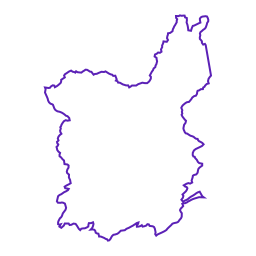 Saboeiro, Ceará, Brazil (Mercator projection)
{"feature_id": "56859067B30594238017087", "entity_name": "Saboeiro", "entity_type": "district", "adm_level": 2, "iso_a3": "BRA", "parent_name": "Brazil", "parent_adm1": "Ceará", "projection": "mercator", "projection_center": [-39.88, -6.458], "detail": "fine", "context": "isolated", "style": "outline", "palette": "violet", "viewbox_px": 256, "rotation_deg": 0, "n_neighbors": 0, "source": "geoboundaries", "source_scale": "gbopen_adm2", "svg_char_len": 5543}
<svg xmlns="http://www.w3.org/2000/svg" viewBox="0 0 256 256"><path d="M176.0,16.0L176.1,17.9L177.2,19.2L176.7,20.7L176.7,22.3L175.7,24.0L175.0,25.3L174.2,26.4L173.7,27.7L172.9,29.2L172.5,31.2L170.2,32.9L168.0,33.3L167.9,34.8L167.4,36.0L167.0,38.2L168.0,40.0L166.8,41.8L165.1,41.6L163.5,41.4L163.1,43.4L162.1,45.5L162.2,47.1L161.0,49.4L161.5,51.7L159.9,52.8L158.1,52.5L156.8,53.7L155.0,54.5L154.6,56.5L156.5,57.8L156.7,59.7L157.1,61.3L156.3,64.4L155.6,65.4L155.3,67.1L153.6,68.5L153.0,70.2L151.9,71.6L151.0,73.3L149.8,75.5L150.9,76.8L150.8,78.7L149.7,80.7L148.8,81.8L147.2,83.1L144.7,83.1L142.3,82.7L140.4,83.4L138.3,84.1L136.2,85.5L134.1,85.5L132.0,85.5L130.6,86.6L129.2,87.4L128.2,85.4L126.0,85.4L124.5,84.9L122.8,84.4L121.1,83.4L119.8,82.7L118.1,82.6L117.5,81.2L115.9,80.6L116.7,79.3L115.3,75.7L113.2,75.9L112.2,74.7L110.8,74.4L109.0,73.6L106.8,72.2L105.5,71.4L104.1,72.0L102.8,71.9L101.4,71.8L100.2,72.3L98.7,72.9L96.8,73.8L94.8,74.0L93.6,74.7L92.5,73.3L91.4,71.8L89.9,71.6L88.3,70.5L87.0,69.8L85.5,69.7L84.4,70.5L82.6,71.6L81.4,72.6L79.2,72.4L77.5,72.2L76.1,71.3L75.3,72.6L74.1,72.0L72.6,71.7L71.1,70.6L68.9,71.6L66.6,73.2L65.0,74.2L64.1,75.5L64.8,77.4L61.2,79.8L61.2,81.1L60.8,82.7L59.5,84.0L58.1,85.2L56.9,86.1L54.9,87.2L54.3,85.6L52.8,85.3L51.0,86.4L49.9,87.8L48.4,88.0L46.6,87.7L45.0,87.5L45.6,89.1L45.3,90.8L45.0,92.5L46.2,95.2L47.0,97.0L47.7,98.7L48.1,100.5L49.0,102.3L50.5,103.7L51.8,104.1L52.9,104.7L53.5,106.2L54.4,108.6L55.5,110.1L57.4,111.3L59.7,111.8L61.7,112.6L63.5,113.7L64.8,114.7L65.9,115.7L67.5,116.2L69.2,118.0L69.7,120.3L67.5,120.7L65.7,120.2L63.9,121.2L62.7,122.8L61.5,124.7L61.1,126.1L60.3,127.2L60.8,128.5L60.1,130.6L60.4,132.1L61.4,133.8L59.8,135.0L58.5,136.6L57.8,138.5L58.5,140.5L57.0,141.9L57.4,143.5L58.3,144.4L57.8,145.7L56.5,147.0L56.9,148.2L57.2,149.9L58.4,151.6L60.1,152.9L59.5,154.7L59.6,156.3L61.0,157.3L62.5,159.2L64.0,160.5L64.5,164.1L67.5,164.5L68.6,165.5L68.5,167.7L67.4,169.4L66.8,171.6L67.1,172.9L69.0,174.6L68.9,177.5L70.1,180.0L70.3,181.3L70.7,183.2L68.9,184.3L67.0,185.2L65.8,185.9L64.6,186.7L65.2,188.2L67.1,188.5L68.7,188.9L68.0,190.1L65.9,191.4L64.1,192.2L61.3,194.2L59.5,195.0L58.1,196.2L56.9,201.3L57.9,202.7L60.4,202.8L61.8,202.5L63.1,202.7L64.9,203.6L65.6,206.0L66.1,207.8L65.5,209.8L62.8,213.4L62.0,215.8L61.1,217.3L59.9,218.3L58.5,221.0L58.1,222.3L58.1,224.2L59.3,224.7L60.7,224.3L59.4,226.6L61.3,227.8L63.8,225.6L64.8,223.5L68.6,223.5L69.6,225.0L71.3,224.8L73.5,223.6L75.6,223.9L77.0,225.8L78.8,228.8L80.2,230.1L81.3,228.7L83.0,228.4L84.9,228.3L86.9,227.4L88.3,226.5L88.5,224.4L88.9,223.1L91.2,223.1L93.0,222.3L93.5,224.0L93.2,225.2L92.8,226.7L92.0,228.2L90.7,229.6L92.6,229.4L94.4,229.8L95.3,231.0L95.7,232.7L96.9,233.4L98.4,233.7L98.8,235.1L99.1,236.5L100.7,236.5L102.9,237.4L104.3,238.0L105.7,238.9L107.1,239.3L107.9,240.6L109.3,240.3L110.6,238.7L111.3,237.3L112.1,236.0L113.4,234.8L115.1,234.5L117.3,233.8L118.6,232.9L119.6,231.9L120.8,230.7L122.5,230.5L124.8,230.2L126.5,228.8L129.1,227.7L130.5,226.9L131.6,226.3L132.8,225.7L133.8,225.0L135.4,224.0L136.6,223.1L138.4,222.5L138.1,223.8L136.8,225.1L136.9,226.7L138.3,226.6L140.4,226.1L141.8,225.2L142.6,226.6L144.5,226.2L146.2,225.6L147.4,224.2L148.8,224.4L149.6,225.9L152.8,226.3L154.1,227.1L154.9,228.9L155.3,230.9L155.6,232.4L155.2,234.1L156.2,235.6L157.5,234.5L159.9,233.4L161.9,232.5L163.3,231.8L164.5,231.2L166.4,230.0L167.3,228.8L168.5,227.6L171.2,225.1L172.4,223.7L174.1,223.1L176.9,222.5L178.2,221.8L179.8,219.6L181.0,218.3L181.7,216.7L181.8,213.2L180.7,211.7L180.0,210.1L180.8,208.5L182.1,207.3L183.2,206.0L182.3,203.8L183.6,203.3L185.1,203.2L187.1,202.3L188.3,201.4L189.6,200.8L191.0,200.0L192.6,199.2L194.6,198.5L199.0,197.2L203.8,197.4L202.4,196.4L201.7,195.3L201.1,194.2L200.4,193.0L199.7,191.7L197.7,192.4L196.2,193.3L195.2,194.1L193.1,195.5L190.9,196.7L188.9,198.2L187.9,199.1L186.5,199.9L184.8,200.6L183.0,201.7L181.4,199.7L182.8,197.9L183.4,195.9L182.5,194.5L185.9,191.3L186.9,189.7L187.4,188.2L186.6,187.0L185.2,186.6L183.8,185.3L186.4,183.8L188.4,183.1L190.1,183.6L192.2,182.5L191.6,180.6L192.6,177.5L192.9,175.7L194.0,175.0L196.3,174.4L197.6,172.7L198.0,170.3L198.4,168.9L199.4,167.7L200.8,166.6L202.2,165.6L202.2,163.7L200.8,163.4L199.2,163.1L197.9,161.9L196.8,159.8L195.2,158.1L194.7,156.8L193.4,156.5L192.7,155.1L192.8,152.8L193.9,150.5L195.6,149.1L198.3,147.8L200.8,146.6L202.1,145.9L203.6,144.3L202.3,142.9L200.4,141.8L199.2,141.3L198.1,140.2L197.6,138.9L196.2,138.8L194.9,138.0L193.6,136.8L192.1,136.2L190.4,135.7L188.8,134.7L187.2,133.6L185.9,133.4L184.9,132.4L184.4,131.2L183.7,129.7L183.4,128.3L183.7,126.8L184.1,124.8L185.5,122.9L186.0,120.8L184.7,119.5L182.4,116.5L181.6,114.8L182.3,113.6L181.9,111.8L182.3,110.2L181.3,107.8L182.1,106.2L183.0,105.1L184.3,104.0L185.7,102.9L187.0,102.2L189.0,101.9L190.3,100.4L191.4,99.0L192.3,97.5L194.2,96.1L195.9,95.7L197.0,93.8L197.2,92.0L197.6,90.8L199.3,90.3L200.8,89.2L202.9,89.1L203.2,87.5L204.5,86.8L205.1,85.6L206.7,84.0L208.7,83.4L208.0,81.1L208.6,78.7L209.7,77.1L211.0,75.6L205.7,45.1L204.9,43.9L203.2,44.6L201.9,42.8L201.9,41.3L200.9,40.0L199.9,39.0L199.8,37.4L200.3,35.2L199.9,33.5L200.5,32.1L202.0,30.9L203.3,29.7L204.6,28.9L205.7,27.6L206.7,24.8L207.2,22.8L208.2,21.4L208.3,19.8L207.8,18.1L207.0,16.5L205.6,16.2L202.3,16.6L200.8,17.4L199.9,18.6L199.9,19.9L200.4,22.6L199.2,23.1L197.4,24.0L194.1,25.6L192.8,25.9L192.1,27.4L191.6,28.7L191.0,30.8L188.3,30.3L188.1,28.5L187.8,26.5L187.4,24.7L186.6,22.5L186.9,20.3L186.8,18.0L185.1,17.4L184.6,15.6L183.2,15.6L181.7,15.8L179.9,15.4L178.7,16.1L176.0,16.0Z" fill="none" stroke="#5b21b6" stroke-width="2"/></svg>